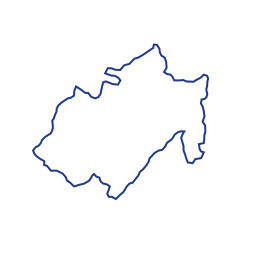 the district of Itaoca, São Paulo, Brazil, rotated 151°
{"feature_id": "56859067B84955452405179", "entity_name": "Itaoca", "entity_type": "district", "adm_level": 2, "iso_a3": "BRA", "parent_name": "Brazil", "parent_adm1": "São Paulo", "projection": "robinson", "projection_center": [-48.845, -24.614], "detail": "fine", "context": "isolated", "style": "outline", "palette": "blue", "viewbox_px": 256, "rotation_deg": 151, "n_neighbors": 0, "source": "geoboundaries", "source_scale": "gbopen_adm2", "svg_char_len": 2063}
<svg xmlns="http://www.w3.org/2000/svg" viewBox="0 0 256 256"><g transform="rotate(151 128 128)"><path d="M73.5,70.0L75.5,72.1L75.5,75.1L73.8,79.5L69.1,78.1L67.2,80.6L64.6,84.8L62.5,86.8L61.1,89.3L59.3,92.8L59.7,97.3L55.6,101.0L53.4,106.5L52.4,110.2L52.3,114.0L49.8,117.3L47.2,116.3L44.4,117.0L42.3,119.0L40.9,123.7L38.4,126.4L36.0,130.2L33.9,132.4L33.6,135.4L35.8,137.9L39.9,136.8L45.2,136.9L48.3,136.7L51.4,138.6L54.2,140.3L56.5,143.2L60.4,144.9L64.5,147.3L64.3,151.2L64.9,154.1L67.7,156.2L69.3,159.5L65.1,161.9L62.5,167.5L61.8,171.8L63.7,175.2L63.5,178.5L62.1,182.2L62.4,186.8L64.9,188.4L67.2,185.8L74.7,185.2L77.5,184.9L80.1,184.7L84.8,184.6L88.9,185.5L95.7,183.4L101.1,184.7L106.7,182.5L111.0,185.2L113.5,188.2L116.7,190.1L121.5,186.9L117.4,182.2L114.3,180.1L112.1,176.6L111.6,173.3L115.7,170.8L120.0,173.7L124.8,179.5L127.6,180.0L131.3,176.0L135.6,171.0L139.1,169.4L142.4,169.9L145.1,173.1L145.8,177.9L148.4,179.5L149.6,182.3L151.0,185.2L153.3,189.5L157.0,186.5L159.5,182.5L163.5,182.2L166.2,183.1L169.9,182.8L173.5,182.5L177.9,181.5L180.9,179.6L182.6,177.0L185.7,174.7L188.2,172.3L190.8,171.0L192.0,167.9L193.7,164.4L196.3,161.9L198.6,160.6L201.5,160.6L204.9,160.3L209.0,159.2L211.7,157.0L215.0,155.8L218.0,156.0L221.9,154.4L222.4,150.7L221.5,147.3L220.0,144.0L217.3,139.5L219.3,136.3L217.2,134.1L216.1,128.0L211.2,125.4L209.1,122.6L207.1,119.4L206.3,115.3L206.8,111.6L204.9,107.7L203.6,103.1L197.7,101.8L193.6,100.7L188.0,100.7L184.8,102.1L182.5,103.7L180.0,104.2L179.2,100.7L177.1,98.5L177.9,94.4L176.6,91.4L173.7,88.8L172.2,85.7L174.9,83.2L178.1,80.5L178.1,77.1L175.5,75.7L173.1,71.8L167.0,73.5L163.1,74.2L160.3,75.8L156.9,77.7L153.4,78.7L150.5,77.9L146.7,79.5L141.8,81.5L139.1,83.7L134.2,84.8L129.0,86.9L126.4,88.5L123.7,91.1L119.9,92.2L117.0,93.3L112.2,93.4L108.4,92.3L104.2,93.9L101.1,96.1L95.7,96.8L93.1,97.9L90.4,99.6L86.7,100.1L83.5,99.5L80.4,97.7L83.2,96.1L86.2,93.7L87.1,90.3L87.7,87.4L88.5,84.6L90.3,81.5L90.8,77.6L91.8,73.3L92.4,68.9L88.5,65.9L84.1,68.2L78.8,66.2L76.2,67.9L73.5,70.0Z" fill="none" stroke="#1e3a8a" stroke-width="2"/></g></svg>